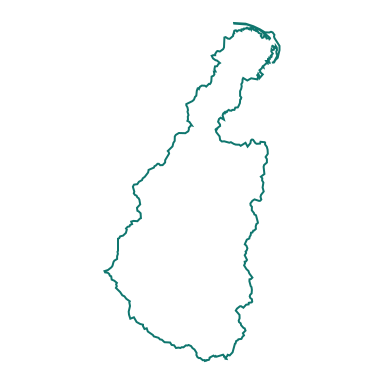 El Collao, Puno, Peru
{"feature_id": "86281439B70453073553936", "entity_name": "El Collao", "entity_type": "district", "adm_level": 2, "iso_a3": "PER", "parent_name": "Peru", "parent_adm1": "Puno", "projection": "albers", "projection_center": [-69.665, -16.626], "detail": "fine", "context": "isolated", "style": "outline", "palette": "teal", "viewbox_px": 384, "rotation_deg": 0, "n_neighbors": 0, "source": "geoboundaries", "source_scale": "gbopen_adm2", "svg_char_len": 5937}
<svg xmlns="http://www.w3.org/2000/svg" viewBox="0 0 384 384"><path d="M122.3,295.3L124.4,296.3L126.3,298.8L129.8,301.3L129.3,302.3L130.0,306.0L128.7,311.6L129.0,314.6L130.3,318.7L133.9,317.3L136.6,322.0L140.2,324.0L143.0,324.7L143.0,326.1L144.5,329.0L146.7,328.3L147.8,331.5L152.9,335.0L153.8,336.4L158.5,337.8L160.0,339.4L161.8,339.7L164.5,342.2L170.1,342.5L171.6,344.9L174.1,345.3L176.0,348.0L178.5,347.6L180.4,348.0L181.7,347.2L183.5,347.3L185.8,345.4L187.6,345.5L188.6,345.0L191.1,346.1L192.5,348.1L194.5,349.5L196.6,352.9L196.4,355.0L197.5,357.2L199.0,358.1L200.2,358.0L202.8,360.2L204.6,360.1L204.9,361.0L206.5,360.6L206.6,360.1L208.8,359.9L209.6,358.6L209.6,357.6L213.5,355.6L215.0,356.7L215.7,356.0L216.5,356.7L223.1,354.7L224.2,356.0L224.0,356.7L225.2,357.2L225.4,358.7L226.5,358.9L225.8,357.3L227.2,356.1L227.7,354.8L229.7,355.4L232.6,352.3L234.9,343.8L235.5,343.5L236.2,341.0L237.7,340.3L238.4,339.3L241.4,338.9L242.6,336.6L244.0,335.4L242.9,333.2L245.5,330.6L244.7,328.4L243.5,327.9L241.1,325.2L240.7,323.4L239.0,322.0L238.7,320.6L239.6,318.3L239.5,314.9L235.8,310.6L236.9,308.7L239.9,306.3L241.0,306.2L243.4,307.7L246.1,304.7L248.6,304.4L248.8,302.8L251.6,302.4L252.2,301.7L251.9,299.2L250.4,298.1L249.7,296.4L250.2,294.8L251.6,293.4L251.9,289.9L251.5,287.1L250.7,286.1L249.4,281.2L249.5,279.3L251.0,279.0L252.4,277.6L249.3,273.4L248.4,270.9L246.5,269.2L244.1,265.4L245.0,263.4L244.7,261.7L246.0,261.4L247.0,259.9L244.7,255.2L246.1,253.0L245.6,251.5L246.6,250.6L247.4,248.3L246.4,245.7L244.8,244.3L246.8,239.7L249.3,238.5L249.7,236.6L250.6,235.4L251.0,232.7L252.4,232.5L253.3,230.6L254.2,230.5L255.9,228.9L255.7,226.4L256.4,224.0L257.7,223.2L257.9,222.5L256.0,215.3L254.3,214.4L254.0,213.1L251.8,210.3L251.9,206.8L250.6,205.3L250.4,203.4L252.4,200.8L254.5,199.4L259.1,200.9L260.3,200.7L261.3,199.5L260.5,196.8L261.1,194.8L263.7,191.5L262.6,187.5L263.4,182.6L262.1,180.4L262.3,178.3L260.9,176.7L264.4,174.0L263.6,166.8L264.1,165.0L266.9,162.5L266.9,159.1L265.6,157.0L267.8,153.8L267.6,149.8L266.8,146.8L265.1,144.5L265.1,142.6L264.7,142.2L260.5,141.8L260.0,143.6L256.7,143.8L255.4,143.1L253.1,139.8L252.0,139.5L250.9,140.4L250.4,143.2L247.6,146.6L245.5,142.8L240.7,145.8L239.3,144.7L235.8,144.6L233.8,143.9L230.9,142.2L229.3,142.7L224.2,141.3L221.9,141.5L220.1,140.0L219.6,136.4L216.3,132.2L215.6,129.4L216.4,128.7L216.9,129.3L218.0,127.5L220.1,126.0L220.0,124.5L218.1,121.8L219.0,119.0L220.6,117.7L223.9,119.6L222.6,115.4L223.2,113.5L224.7,112.2L225.0,112.9L225.4,112.1L225.8,112.5L226.9,112.0L227.1,111.1L228.8,109.9L229.5,110.5L231.4,110.7L232.3,109.9L234.4,109.9L235.3,107.6L237.8,107.4L238.5,106.2L239.9,103.1L240.2,99.5L240.9,99.0L241.3,97.5L240.1,96.0L240.1,91.1L241.2,88.8L241.7,86.3L241.3,84.2L242.4,82.4L242.6,79.2L243.2,78.0L247.3,80.5L251.2,78.3L257.4,79.4L258.1,76.6L256.8,74.5L257.8,75.1L258.2,73.8L258.6,74.5L258.1,75.0L259.2,75.9L259.6,78.1L262.8,74.4L260.1,72.2L260.3,71.2L259.5,70.2L261.6,68.5L262.5,66.8L263.4,67.4L262.8,65.3L263.4,66.0L266.6,63.1L267.2,63.3L266.6,62.0L268.2,62.4L267.4,61.6L268.3,61.6L267.4,61.0L268.0,61.0L268.0,60.4L268.8,61.4L268.9,60.5L267.9,58.8L268.7,59.3L269.2,58.9L268.4,57.8L269.6,58.4L269.5,57.7L270.1,57.9L271.5,56.9L271.6,56.4L270.7,56.4L270.7,55.9L272.8,53.6L271.3,51.4L271.6,49.3L272.1,50.1L273.7,49.8L273.8,49.1L275.6,47.7L273.2,47.1L271.7,45.5L276.1,47.6L276.0,46.4L276.7,47.4L277.0,50.1L276.3,51.5L276.6,53.9L277.4,54.3L276.8,56.7L274.0,61.8L272.2,62.8L274.1,62.4L275.3,60.1L277.7,57.8L279.5,50.1L279.5,45.9L274.5,38.1L274.0,36.6L274.4,34.8L272.6,32.4L271.0,31.8L269.2,32.5L264.8,32.3L259.9,29.3L253.3,26.2L245.7,23.7L234.1,23.0L234.2,23.6L246.9,24.5L254.2,27.1L256.3,29.0L257.4,28.6L259.1,29.6L263.0,32.4L263.5,33.3L265.8,34.3L269.7,37.7L270.0,38.5L269.4,39.1L269.0,38.0L266.6,38.5L265.6,36.2L265.9,35.0L264.3,35.1L263.7,37.3L262.2,37.9L260.8,35.9L261.6,34.9L261.2,33.9L258.7,32.9L257.7,31.4L256.7,31.2L257.1,30.4L256.4,29.6L255.8,30.6L253.5,29.7L253.0,28.5L251.9,27.9L251.4,29.2L251.0,27.8L250.6,28.3L250.8,29.2L249.9,29.4L249.6,28.5L248.8,28.9L248.6,28.3L247.7,28.5L247.0,27.7L246.2,28.2L246.4,28.5L244.1,28.6L244.1,29.2L243.3,29.7L242.9,29.2L241.5,29.4L241.4,30.9L239.8,30.2L238.5,30.3L237.0,31.5L235.9,30.3L234.7,30.8L234.2,29.8L234.5,30.8L233.8,32.3L234.2,33.4L233.2,34.2L233.1,35.9L231.4,37.4L229.7,38.8L227.9,38.6L225.6,37.1L224.4,37.5L224.0,47.4L223.2,49.1L219.9,51.5L217.7,51.0L216.8,51.4L215.2,53.9L215.2,55.2L213.1,55.2L211.7,55.8L213.0,58.4L215.5,60.2L216.9,60.5L219.9,63.0L218.3,64.1L217.1,66.2L215.0,66.4L214.4,69.3L215.5,71.5L213.9,71.5L214.4,74.4L213.5,75.7L211.6,76.6L211.3,81.4L210.7,83.0L209.9,84.1L208.9,83.9L206.2,86.6L204.8,85.7L201.8,85.6L199.9,86.8L199.0,88.9L198.4,88.1L197.7,88.3L196.8,90.8L196.3,95.7L195.0,96.9L194.0,99.6L192.4,101.1L186.3,104.1L186.3,105.3L187.5,107.5L188.0,110.1L187.5,111.7L188.5,115.1L187.8,116.6L188.0,119.4L187.4,120.9L189.4,121.9L191.8,125.4L191.1,125.2L188.8,127.9L188.9,129.4L188.2,131.3L185.3,133.2L178.9,133.0L175.8,134.9L174.8,136.5L174.7,140.9L173.4,142.8L172.5,146.4L167.8,151.0L168.8,152.2L169.1,153.6L165.2,160.1L165.1,162.5L162.6,165.1L160.2,165.2L158.8,163.8L157.5,163.8L155.9,165.5L154.5,166.2L153.9,167.6L148.6,169.9L148.1,172.5L144.8,176.8L142.7,178.4L142.0,180.1L138.9,181.8L137.3,184.2L134.1,184.6L133.6,185.3L132.9,186.8L134.3,191.6L133.8,193.4L134.9,194.9L136.6,195.7L137.3,197.3L138.6,198.2L139.4,199.8L140.2,204.4L137.0,207.8L137.4,210.8L138.7,211.4L140.6,213.3L140.9,218.2L139.8,218.7L137.4,221.2L133.5,220.9L131.2,221.6L132.1,224.1L130.1,225.0L129.5,226.4L127.6,226.8L126.0,228.5L126.8,229.6L125.9,232.9L123.1,235.6L120.1,236.4L119.2,238.2L118.0,238.7L118.0,250.9L117.5,251.8L117.9,253.9L117.1,256.2L117.1,259.0L114.4,260.6L113.5,262.0L112.5,265.8L111.4,267.3L108.0,270.0L104.5,271.1L105.1,272.4L107.7,272.7L109.3,274.1L109.8,275.7L111.2,276.3L111.7,279.6L114.3,280.7L116.9,282.9L116.1,284.2L116.8,286.2L115.9,287.9L120.2,292.1L122.3,295.3Z" fill="none" stroke="#0f766e" stroke-width="2"/></svg>